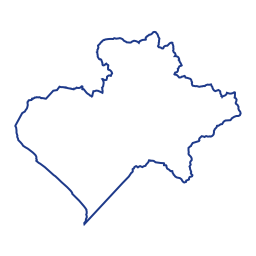 Chiclayo, Lambayeque, Peru (Mercator projection)
{"feature_id": "86281439B7276941823371", "entity_name": "Chiclayo", "entity_type": "district", "adm_level": 2, "iso_a3": "PER", "parent_name": "Peru", "parent_adm1": "Lambayeque", "projection": "mercator", "projection_center": [-79.536, -6.829], "detail": "fine", "context": "isolated", "style": "outline", "palette": "blue", "viewbox_px": 256, "rotation_deg": 0, "n_neighbors": 0, "source": "geoboundaries", "source_scale": "gbopen_adm2", "svg_char_len": 5685}
<svg xmlns="http://www.w3.org/2000/svg" viewBox="0 0 256 256"><path d="M184.2,182.5L186.0,181.9L186.2,180.6L188.8,179.6L189.0,179.4L188.9,178.6L189.5,177.2L189.9,176.9L191.6,176.5L192.1,176.2L192.4,175.4L192.4,175.1L191.4,174.2L190.9,173.4L190.8,173.1L191.1,172.6L191.2,171.8L190.1,169.1L190.0,167.7L189.5,166.5L190.6,164.8L190.7,164.4L190.2,163.2L190.2,162.2L190.5,161.5L191.7,160.1L191.7,158.8L191.4,157.7L190.8,156.7L188.7,154.5L188.5,153.2L188.8,152.3L188.5,150.6L188.5,147.9L190.2,146.4L191.0,146.0L191.5,144.8L192.7,143.0L198.9,141.1L199.4,140.4L199.1,139.3L199.5,138.3L201.7,136.2L203.3,136.5L204.6,137.0L205.5,136.3L206.3,136.1L207.8,136.6L209.4,136.5L209.9,136.3L210.8,136.6L212.1,136.0L212.9,135.3L213.6,134.4L214.0,132.3L213.9,131.0L214.6,129.8L214.7,129.3L216.6,127.3L217.0,125.8L217.4,125.7L218.4,125.8L220.6,124.3L222.1,124.1L223.7,121.6L225.4,120.5L230.3,120.2L231.1,119.5L231.7,118.4L234.2,116.8L236.4,116.0L238.3,116.0L239.0,115.7L239.9,115.2L240.3,114.0L240.6,113.7L240.4,112.3L240.0,111.4L239.0,110.3L238.7,109.4L238.4,108.8L238.5,106.8L237.5,104.9L235.9,103.7L235.7,103.1L235.8,102.4L236.3,101.3L236.6,99.7L235.9,98.4L234.6,97.6L234.9,96.4L235.0,92.7L234.7,92.3L234.0,92.4L232.9,93.1L231.0,93.6L229.6,93.6L226.9,92.8L226.6,93.9L225.5,95.2L223.3,96.2L222.5,96.3L222.1,96.9L221.8,96.2L221.4,96.1L221.5,95.7L221.3,95.0L220.4,93.5L220.2,91.4L219.9,91.0L218.4,90.0L215.5,91.1L215.2,91.1L213.9,90.3L213.0,89.0L212.5,87.9L212.4,87.1L211.6,86.0L211.0,84.4L209.1,84.8L207.5,84.6L205.4,85.4L205.0,86.0L204.7,86.1L203.1,86.0L202.6,86.3L201.2,86.4L199.2,86.8L196.8,86.1L195.5,86.2L192.7,85.7L192.3,85.2L191.8,83.4L192.1,82.6L192.0,82.0L191.6,81.6L191.2,79.9L190.4,78.9L187.4,77.9L185.5,77.6L185.0,76.3L184.4,75.9L182.6,76.6L181.9,76.6L180.8,77.4L179.2,77.5L177.6,75.7L176.6,74.9L174.6,74.5L174.4,74.3L175.1,72.6L176.1,72.3L177.0,72.1L177.7,71.2L178.1,69.8L177.8,68.8L178.5,68.3L178.7,67.5L179.4,66.3L181.5,65.6L181.7,65.4L180.4,62.7L179.7,61.8L179.6,61.1L178.7,60.0L179.2,59.3L179.0,58.6L178.4,57.4L177.9,56.9L176.8,56.4L175.6,56.1L174.9,56.1L175.6,55.1L175.6,54.7L175.0,53.1L173.8,52.3L173.1,50.6L173.4,50.0L173.5,48.7L173.2,47.9L173.4,46.9L173.1,45.3L172.4,43.7L172.4,42.8L171.9,42.6L171.0,42.7L169.7,43.3L167.4,45.7L165.7,45.8L164.6,46.2L163.8,46.9L163.3,48.2L162.9,48.5L161.7,48.3L160.7,47.5L158.8,47.2L158.6,46.7L158.3,46.6L158.0,46.1L158.8,44.4L158.7,42.8L159.1,41.9L159.0,40.9L159.4,38.5L158.3,36.8L158.0,35.6L157.3,34.0L156.6,33.4L155.8,32.2L154.8,31.9L153.4,32.1L153.0,32.4L152.3,33.4L151.1,34.3L150.5,34.6L149.2,34.7L148.5,35.5L147.4,35.9L147.1,36.5L146.3,36.9L145.6,38.1L145.9,39.2L145.7,39.7L142.8,39.9L141.2,40.4L140.8,40.8L139.7,41.2L138.9,42.9L137.8,41.9L135.9,41.1L134.4,40.8L133.8,40.8L132.0,41.6L130.9,42.5L130.0,42.6L126.6,42.3L126.1,41.8L124.0,40.8L122.5,39.1L120.9,38.4L119.8,38.1L118.6,38.4L116.1,38.7L114.5,38.2L114.0,38.3L113.2,39.0L110.3,38.9L107.9,39.1L105.2,39.5L104.4,40.0L104.0,39.9L102.6,40.7L101.6,41.9L100.7,42.5L100.2,43.5L98.0,45.6L98.4,47.8L98.0,48.5L98.0,48.9L97.4,49.8L97.4,51.4L97.2,52.0L96.9,52.2L97.4,53.0L97.4,54.1L97.7,54.9L97.7,56.7L99.0,58.9L99.8,59.4L100.5,59.2L101.2,59.7L102.4,63.0L102.5,64.7L102.8,65.2L103.5,65.4L104.2,65.2L104.9,64.8L105.5,64.1L106.3,63.6L107.2,64.6L108.2,65.1L108.3,65.4L108.0,67.6L108.1,69.4L108.5,69.8L109.6,69.9L111.0,71.1L111.8,72.3L112.1,73.5L111.4,74.3L110.9,75.9L110.6,75.9L109.9,75.5L108.9,75.4L107.5,76.3L107.0,76.8L107.0,78.1L106.4,79.9L104.6,80.2L103.3,79.3L102.6,79.0L102.3,79.1L102.9,79.8L102.9,80.3L103.2,80.7L103.7,82.9L103.1,86.4L102.0,87.8L102.4,88.5L102.3,89.7L102.6,90.5L102.6,92.1L102.4,92.8L100.8,92.0L98.0,90.8L96.2,90.6L94.6,91.2L93.4,91.2L92.4,95.1L92.4,95.8L91.8,96.5L91.3,96.0L90.1,95.6L89.4,94.8L87.5,93.6L86.5,92.7L83.8,89.3L83.1,88.9L82.6,89.3L82.3,89.2L82.5,86.9L82.4,86.5L82.0,86.3L81.6,86.3L81.2,86.7L80.7,87.4L79.5,87.9L77.9,88.0L76.5,87.6L75.7,88.4L74.7,88.7L74.1,88.6L73.7,89.3L71.1,88.8L70.8,88.5L70.4,88.6L67.6,88.1L66.3,87.5L65.8,87.4L65.7,87.7L65.0,87.4L64.3,87.5L64.0,87.2L60.9,87.1L59.5,86.7L57.0,90.1L53.3,90.7L46.0,98.7L45.2,98.7L44.4,98.4L41.7,98.0L41.2,98.2L40.0,97.4L39.2,97.2L38.7,97.4L36.4,97.2L36.0,97.5L34.8,97.5L34.2,98.1L33.1,98.4L33.1,98.7L32.7,98.9L32.0,98.8L31.9,99.4L31.5,100.0L28.7,100.3L28.3,100.9L28.1,101.6L27.5,102.1L27.5,103.1L27.8,105.0L27.2,107.6L26.8,108.6L25.7,110.0L24.9,111.5L22.2,113.1L15.4,125.6L15.4,126.3L16.1,127.4L16.5,130.4L16.5,132.8L17.4,135.7L17.2,136.6L17.4,137.4L18.0,138.5L18.3,140.1L20.6,142.4L22.3,144.4L23.0,145.7L25.4,147.3L27.7,148.6L28.8,149.4L32.8,152.5L34.4,154.0L35.6,155.3L36.3,156.7L36.4,157.8L36.2,158.7L36.6,159.2L36.8,159.8L36.8,160.1L36.3,160.6L36.3,160.9L38.9,163.0L40.2,163.7L44.9,167.2L53.7,175.1L55.3,176.2L57.9,178.6L61.5,182.1L67.1,187.1L70.9,191.0L72.1,192.7L72.3,193.3L72.2,193.7L72.5,194.1L79.2,200.7L84.0,206.3L85.6,208.4L86.5,209.9L86.4,210.5L86.7,211.5L86.7,213.4L86.2,214.5L86.7,216.0L86.8,217.2L85.9,219.2L85.9,220.6L85.3,221.8L84.4,222.8L84.5,223.3L84.3,223.7L84.4,224.1L122.6,183.0L128.8,176.6L131.2,173.0L131.9,172.5L132.6,171.7L132.8,171.1L132.6,169.2L133.2,168.7L133.8,168.5L134.5,167.0L136.1,166.1L136.6,166.3L137.7,167.3L137.9,167.4L139.2,166.5L140.1,166.1L142.4,167.1L143.6,166.3L145.2,165.9L145.5,165.8L146.1,164.6L148.3,162.2L149.0,160.3L150.0,160.4L150.4,160.8L151.1,160.6L151.7,160.8L152.3,160.7L153.7,160.9L155.6,162.3L160.7,163.0L163.9,163.2L164.1,163.4L164.0,165.2L165.2,165.3L165.9,165.2L166.2,165.5L166.5,166.0L166.5,167.0L167.2,168.6L169.4,169.9L170.4,171.0L170.9,171.2L171.8,171.0L172.3,171.1L172.6,172.8L173.1,173.4L173.7,174.8L174.3,175.2L175.2,176.5L176.9,177.5L179.9,178.1L181.5,179.3L182.2,180.7L183.1,181.8L184.2,182.5Z" fill="none" stroke="#1e3a8a" stroke-width="2"/></svg>